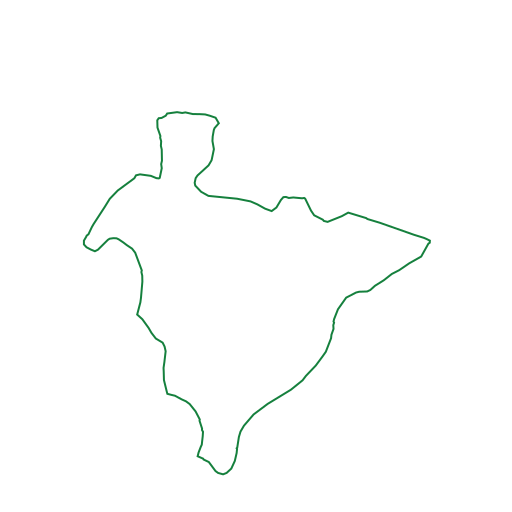 the district of Chichicastenango, Quiché, Guatemala, rotated 148°
{"feature_id": "79465075B12794992131800", "entity_name": "Chichicastenango", "entity_type": "district", "adm_level": 2, "iso_a3": "GTM", "parent_name": "Guatemala", "parent_adm1": "Quiché", "projection": "albers", "projection_center": [-91.088, 14.889], "detail": "fine", "context": "isolated", "style": "outline", "palette": "green", "viewbox_px": 512, "rotation_deg": 148, "n_neighbors": 0, "source": "geoboundaries", "source_scale": "gbopen_adm2", "svg_char_len": 2307}
<svg xmlns="http://www.w3.org/2000/svg" viewBox="0 0 512 512"><g transform="rotate(148 256 256)"><path d="M225.1,158.1L225.0,159.3L223.2,161.1L214.7,167.4L201.6,172.9L190.5,172.0L187.4,171.0L180.5,167.0L177.1,166.6L170.8,167.7L160.5,167.7L150.3,168.8L142.2,168.1L129.9,168.6L116.2,168.0L103.3,175.1L101.6,175.2L100.4,176.9L102.4,180.1L104.0,182.4L110.8,190.3L133.4,218.6L141.9,228.3L142.5,229.8L154.8,243.9L162.1,244.3L177.2,247.0L179.9,249.8L180.1,251.4L185.1,259.7L185.3,265.3L183.9,278.6L184.4,279.7L186.3,280.5L193.4,285.9L197.4,287.8L199.3,290.2L201.6,291.4L205.2,290.3L213.0,286.3L218.9,285.8L223.2,291.3L227.5,299.1L231.7,305.2L237.0,310.2L241.7,314.6L264.5,332.2L268.5,339.5L270.2,347.9L269.2,350.6L265.9,354.0L262.9,355.3L248.2,358.0L243.0,360.7L241.5,362.2L235.1,368.9L232.0,376.6L229.4,380.3L225.0,385.2L223.4,386.4L217.2,388.3L217.0,394.7L220.9,399.5L224.1,403.0L228.8,406.3L234.3,409.8L239.8,415.2L242.8,416.4L246.7,419.8L255.8,423.9L258.2,422.8L262.9,423.1L265.5,424.4L267.8,423.4L271.5,417.1L273.5,408.4L274.6,407.1L275.6,403.6L278.3,399.8L279.5,396.3L285.3,386.6L287.7,384.2L289.4,380.4L296.2,373.3L297.3,373.3L299.2,374.8L302.7,379.7L311.1,386.7L315.0,388.0L318.0,386.4L338.5,384.8L349.7,382.0L358.2,377.8L376.7,369.2L379.9,367.5L386.6,363.2L388.8,363.0L389.8,362.3L393.8,360.2L395.8,357.0L395.1,353.2L392.6,348.9L390.1,345.4L386.7,345.1L373.0,348.2L370.9,348.2L367.5,346.7L364.9,344.9L363.6,342.9L361.3,337.7L359.8,333.7L357.2,327.9L356.7,322.8L360.5,304.3L361.7,303.1L362.9,299.6L366.0,294.4L375.7,281.5L378.6,278.0L387.8,269.3L385.9,262.6L385.2,251.9L385.4,246.3L384.7,239.1L381.1,232.0L381.5,227.7L383.1,223.1L389.9,214.6L393.7,210.1L395.5,206.9L399.8,199.6L403.4,188.7L404.2,186.1L401.2,182.9L398.8,180.5L395.0,173.8L392.4,169.9L390.7,165.6L389.6,156.2L390.3,147.2L391.2,146.2L393.2,138.2L394.0,137.1L394.1,135.0L396.6,131.5L402.0,124.7L404.0,123.4L408.8,119.8L411.6,117.1L408.2,112.1L408.3,111.2L405.2,106.3L404.3,95.1L403.1,92.1L399.6,88.3L395.9,87.6L389.6,88.8L382.6,93.4L376.9,99.1L374.3,102.4L374.3,103.2L373.4,103.5L366.4,111.6L362.2,115.3L356.1,118.5L342.0,122.9L324.5,124.4L315.7,124.3L297.3,124.1L282.4,125.9L277.1,127.9L263.4,131.4L252.7,135.6L247.5,137.8L235.9,146.5L233.8,149.2L228.9,153.1L227.1,156.4L225.1,158.1Z" fill="none" stroke="#15803d" stroke-width="2"/></g></svg>